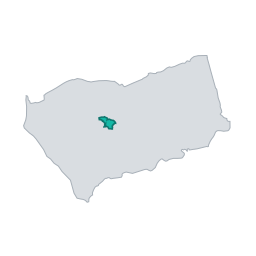 Ejura-sekyedumase, Ashanti, Ghana (highlighted), rotated 75°
{"feature_id": "2480657B28564915274944", "entity_name": "Ejura-sekyedumase", "entity_type": "district", "adm_level": 2, "iso_a3": "GHA", "parent_name": "Ghana", "parent_adm1": "Ashanti", "projection": "robinson", "projection_center": [-1.397, 7.385], "detail": "fine", "context": "in_parent", "style": "filled", "palette": "teal", "viewbox_px": 256, "rotation_deg": 75, "n_neighbors": 0, "source": "geoboundaries", "source_scale": "gbopen_adm2", "svg_char_len": 5350}
<svg xmlns="http://www.w3.org/2000/svg" viewBox="0 0 256 256"><g transform="rotate(75 128 128)"><path d="M154.3,29.4L156.1,31.2L156.5,32.3L155.9,36.4L154.6,39.2L153.8,41.9L153.9,43.2L154.7,44.6L157.3,46.6L158.7,48.0L160.3,50.1L162.2,52.1L165.4,54.7L166.7,55.2L166.7,55.9L166.2,56.9L166.0,66.6L165.7,69.2L165.5,70.4L165.2,74.1L164.9,74.6L164.3,74.5L163.7,74.7L163.6,75.4L163.8,76.2L165.7,76.7L165.3,77.2L163.9,77.7L163.2,78.8L163.5,80.1L162.7,81.1L162.9,81.8L163.4,82.3L164.3,82.1L166.5,80.4L167.4,80.2L168.6,80.6L170.8,83.1L170.9,84.4L170.0,88.7L169.1,92.0L169.0,96.4L169.9,98.9L169.8,100.2L168.8,101.4L166.6,103.1L166.7,104.3L167.7,106.5L169.6,108.9L173.3,111.9L175.2,115.8L175.3,117.4L174.1,119.0L172.8,120.3L172.4,122.3L173.0,135.4L170.1,141.1L170.1,142.7L170.4,144.6L171.1,145.7L172.6,146.0L173.8,147.1L173.4,151.1L172.8,155.2L172.7,157.1L172.3,158.1L171.2,158.8L170.8,160.1L171.1,161.7L170.8,162.9L171.5,164.4L172.8,166.3L174.9,171.0L175.7,171.3L176.1,172.3L175.9,173.3L176.7,175.3L179.0,177.4L181.5,179.2L183.5,179.5L184.0,181.1L185.3,183.2L186.3,184.1L187.8,184.6L189.1,185.0L189.1,186.7L186.9,187.9L185.4,189.7L184.2,192.4L182.6,195.4L177.0,197.0L174.9,197.0L163.5,197.1L152.9,203.0L146.8,205.1L143.0,208.5L137.9,210.8L134.4,213.7L127.0,215.1L114.9,219.6L111.2,221.4L107.3,224.5L101.1,228.2L98.7,228.2L93.8,224.7L90.2,223.0L81.2,220.4L74.5,219.4L71.3,218.2L70.4,218.0L71.2,216.8L73.0,216.7L75.0,217.1L76.5,216.1L78.7,216.0L79.2,215.0L79.4,212.5L79.4,210.5L80.1,209.6L80.3,207.3L79.3,202.0L78.5,201.4L74.6,200.7L74.3,199.6L73.6,198.5L72.9,195.8L72.0,191.8L70.7,186.8L68.1,178.6L67.4,175.7L67.0,172.7L66.9,169.2L67.4,167.9L67.3,166.0L67.1,164.2L69.0,160.0L72.6,154.9L73.3,153.1L74.0,151.8L74.1,149.9L74.8,144.0L76.5,136.8L77.6,134.0L78.3,132.6L79.2,130.1L79.4,129.0L82.8,126.2L84.3,125.4L84.6,124.3L84.1,123.1L84.3,122.3L85.1,121.9L86.4,121.5L87.3,120.4L85.9,111.5L84.7,102.6L84.7,101.8L84.0,100.6L83.3,97.0L82.2,94.8L80.6,94.2L80.6,92.2L82.2,88.7L82.6,86.7L81.9,86.1L81.8,84.6L82.3,82.1L82.1,80.5L81.8,78.9L80.1,75.0L79.7,72.2L80.6,70.6L80.6,67.1L79.7,61.7L79.5,58.3L80.1,56.8L79.8,55.5L78.7,54.2L78.6,52.9L79.6,51.7L79.5,50.8L78.2,50.1L77.1,48.4L76.1,45.7L76.3,41.5L78.2,33.7L78.4,33.0L80.6,33.1L80.6,33.4L87.2,33.3L94.9,33.3L104.0,33.2L112.2,33.1L112.6,32.7L114.0,32.3L122.3,33.1L127.6,32.7L129.8,32.9L131.4,33.5L135.0,33.1L136.9,33.3L138.4,35.3L139.0,35.3L139.8,34.4L141.2,33.5L142.7,32.8L143.8,31.2L144.4,30.1L145.3,30.3L146.7,30.2L147.6,29.3L148.0,27.8L154.3,29.4Z" fill="#d9dde1" stroke="#a8b0b8" stroke-width="1"/><path d="M117.1,140.0L116.8,140.2L116.8,140.4L116.8,140.6L116.5,141.1L116.4,141.2L116.3,141.3L116.2,141.6L116.0,141.8L116.0,142.0L115.9,142.3L115.7,142.7L115.7,142.8L115.3,142.9L115.2,143.0L114.7,143.6L114.6,143.9L114.4,144.1L114.6,144.4L114.7,144.5L114.7,144.8L114.7,145.0L114.6,145.3L114.6,145.5L114.5,145.8L114.6,146.0L114.4,145.9L114.3,145.7L114.2,145.7L113.9,145.8L113.7,145.7L113.4,145.6L113.2,145.5L112.9,145.6L112.8,145.8L112.7,145.8L112.6,146.0L112.4,146.2L112.4,146.3L112.2,146.6L112.1,146.8L112.0,147.0L111.9,147.1L111.7,147.2L111.7,147.3L111.5,147.6L111.2,147.6L111.0,147.9L111.1,148.0L111.2,148.3L111.1,148.5L111.2,148.9L111.2,149.0L111.2,149.4L111.0,149.6L111.0,149.9L111.1,150.0L110.9,149.9L110.8,150.1L110.7,150.2L110.7,150.3L110.7,150.5L110.6,150.9L110.6,151.0L110.8,151.3L110.8,151.5L110.6,151.8L110.7,152.1L110.6,152.3L110.6,153.1L111.4,153.1L112.0,153.0L112.0,153.4L111.9,153.5L112.0,153.5L112.3,153.5L112.5,153.6L112.6,153.4L112.6,153.1L112.7,152.9L112.8,152.8L112.8,152.7L113.0,152.3L113.0,152.2L113.2,151.9L113.2,151.7L113.3,151.7L113.4,151.4L113.8,151.3L113.9,151.1L114.0,151.1L114.2,150.8L114.3,150.9L114.5,150.7L114.6,150.9L114.7,151.0L115.0,150.9L115.0,150.6L114.9,150.4L115.1,150.2L115.3,150.0L115.5,150.1L117.5,149.1L117.6,148.9L117.6,148.7L117.8,148.9L118.0,148.9L118.1,148.6L118.3,148.6L118.5,148.7L118.6,148.9L118.7,149.0L118.8,149.0L118.7,149.1L118.8,149.1L118.9,149.3L119.0,149.3L119.0,149.2L119.1,149.3L119.2,149.5L119.3,149.5L119.2,149.6L119.3,149.6L119.5,149.7L119.6,149.8L119.8,149.8L119.9,150.0L120.0,150.0L120.3,150.2L120.3,150.3L120.3,150.5L120.5,150.6L120.5,150.8L120.8,150.9L120.8,150.7L120.7,150.5L120.7,150.4L120.7,150.2L120.6,149.9L120.6,149.5L120.6,149.3L120.5,149.2L120.9,149.2L121.0,149.2L121.0,148.9L120.9,148.7L121.0,148.7L121.1,148.2L121.2,147.8L121.4,147.5L121.8,147.3L121.9,147.2L122.1,147.1L122.2,146.9L122.3,146.9L122.7,146.8L123.0,146.9L123.4,146.7L123.5,146.7L123.6,146.8L123.8,146.7L123.9,146.4L124.0,146.1L124.0,145.9L124.0,145.6L124.2,145.3L124.2,145.1L124.2,144.9L124.2,144.7L124.3,144.6L124.5,144.5L124.5,144.4L124.7,144.2L124.8,143.9L124.7,143.7L124.8,143.5L124.7,143.5L124.5,143.4L124.4,143.2L124.2,143.2L123.9,143.1L123.7,143.1L123.4,142.9L123.3,142.7L123.2,142.7L123.1,142.8L122.9,142.7L122.7,142.7L122.4,142.8L122.2,142.9L121.9,142.7L121.7,142.3L121.6,142.2L121.5,141.9L121.4,141.9L121.2,141.8L121.2,141.7L120.9,141.5L120.8,141.4L120.7,141.2L120.7,140.9L120.7,140.7L120.6,140.4L120.4,140.2L120.2,140.2L120.1,139.8L120.1,139.6L120.1,139.3L120.1,139.2L120.2,138.9L120.3,138.7L120.0,138.6L119.8,138.7L119.7,138.7L119.4,138.8L119.2,138.9L119.2,139.0L118.9,139.2L118.7,139.1L118.6,139.3L118.2,139.2L118.1,139.3L117.9,139.4L117.8,139.5L117.7,139.5L117.6,139.8L117.4,139.9L117.1,140.0L117.1,140.0Z" fill="#14b8a6" stroke="#0f766e" stroke-width="1.5"/></g></svg>